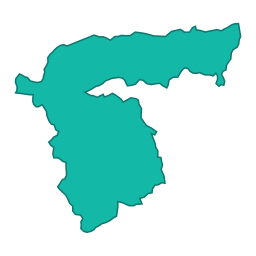 outline of Siqueira Campos, Paraná, Brazil
{"feature_id": "56859067B87660188486184", "entity_name": "Siqueira Campos", "entity_type": "district", "adm_level": 2, "iso_a3": "BRA", "parent_name": "Brazil", "parent_adm1": "Paraná", "projection": "orthographic", "projection_center": [-49.788, -23.656], "detail": "fine", "context": "isolated", "style": "filled", "palette": "teal", "viewbox_px": 256, "rotation_deg": 0, "n_neighbors": 0, "source": "geoboundaries", "source_scale": "gbopen_adm2", "svg_char_len": 2653}
<svg xmlns="http://www.w3.org/2000/svg" viewBox="0 0 256 256"><path d="M94.1,35.1L67.0,46.0L63.7,44.7L60.4,45.4L56.8,47.7L54.3,50.1L52.5,52.2L50.4,54.0L47.8,57.5L48.0,62.2L46.2,66.1L44.1,69.4L44.8,72.2L43.6,75.6L43.2,78.5L41.4,81.5L38.2,82.4L35.0,82.2L30.3,80.9L27.4,77.5L24.9,76.9L22.7,75.5L19.5,74.0L15.9,78.5L15.4,82.0L17.1,86.7L16.9,90.5L15.6,92.9L22.6,93.7L26.5,94.3L30.1,94.8L33.2,94.7L32.9,98.1L32.8,101.4L33.7,104.4L36.3,106.8L38.8,106.7L42.1,104.7L44.2,107.7L46.5,111.6L46.9,115.6L48.8,120.5L51.2,124.0L54.2,125.0L55.8,129.8L58.7,131.5L57.2,135.3L53.7,137.1L51.3,140.0L48.7,142.1L50.9,145.4L53.8,147.5L52.9,153.9L53.8,157.8L58.4,157.9L63.0,161.5L66.0,162.4L66.1,168.1L66.4,171.3L66.5,175.6L64.8,178.7L62.4,179.7L59.7,183.9L57.7,186.7L59.7,189.5L65.8,195.1L67.3,197.9L68.6,200.7L69.7,203.3L72.7,206.1L72.8,211.2L75.4,214.4L80.6,215.1L82.8,218.6L80.9,221.8L81.3,224.9L80.9,228.5L83.8,231.4L87.1,232.3L91.3,231.2L94.0,229.6L95.6,227.5L98.4,226.1L102.0,223.6L106.1,222.5L110.2,220.4L114.1,217.4L116.5,216.3L117.8,207.2L117.8,201.8L121.0,202.2L124.0,203.3L126.7,204.6L129.3,205.7L133.3,205.7L136.7,204.2L142.0,204.0L139.7,198.3L144.0,197.3L148.2,193.5L152.1,192.8L152.4,189.1L154.6,185.4L158.6,184.6L161.7,182.7L165.0,183.2L164.0,176.1L161.2,169.7L162.5,165.1L161.7,161.8L160.9,157.5L157.8,157.2L157.8,150.8L155.7,147.3L155.3,144.0L153.9,140.2L151.4,133.6L154.7,134.9L156.7,131.8L151.3,128.0L146.5,125.6L144.7,123.2L141.0,117.7L141.5,108.6L139.0,104.2L138.3,100.2L136.1,98.7L130.8,97.8L123.3,102.1L121.3,99.5L119.4,97.8L115.7,95.2L112.4,93.3L108.8,95.4L104.3,97.0L103.2,94.3L97.2,97.3L93.1,95.6L90.3,95.4L84.9,92.2L89.1,90.5L96.0,86.4L98.8,85.7L103.0,83.3L105.4,80.9L111.6,78.5L118.6,77.4L122.6,78.2L124.6,80.1L127.3,85.8L130.2,85.5L133.0,84.9L135.7,84.0L139.5,79.5L143.4,80.5L146.6,83.6L151.5,84.6L155.8,83.7L160.1,83.4L162.6,85.7L166.8,87.9L168.2,84.9L169.0,80.1L173.0,77.2L177.7,77.2L179.3,74.6L181.6,70.6L184.7,67.8L188.0,68.6L190.0,71.3L193.0,73.1L196.7,73.3L199.8,72.6L203.3,74.3L206.0,75.0L209.6,74.8L213.0,76.0L215.7,73.3L217.4,75.5L217.6,79.2L216.0,83.5L219.0,86.3L221.2,84.6L223.8,85.2L224.7,81.5L223.6,78.2L221.5,74.5L223.0,71.2L225.9,70.0L226.6,64.9L230.8,58.9L231.3,53.1L233.0,49.8L237.2,47.1L238.7,44.0L239.2,39.8L240.6,36.4L238.5,23.7L234.7,23.8L232.0,24.7L227.3,27.6L224.3,29.0L221.3,30.8L216.9,29.6L205.2,32.0L200.0,30.4L196.2,29.9L195.5,26.3L192.5,27.6L189.6,32.1L184.6,32.2L180.5,29.4L175.6,30.5L171.4,31.5L165.5,36.5L153.7,35.9L145.4,33.6L139.1,32.6L135.2,32.1L130.2,35.6L125.9,35.7L121.4,35.4L118.0,36.5L114.8,36.5L110.5,40.2L105.8,37.8L102.9,36.7L99.8,37.0L94.1,35.1Z" fill="#14b8a6" stroke="#0f766e" stroke-width="1.5"/></svg>